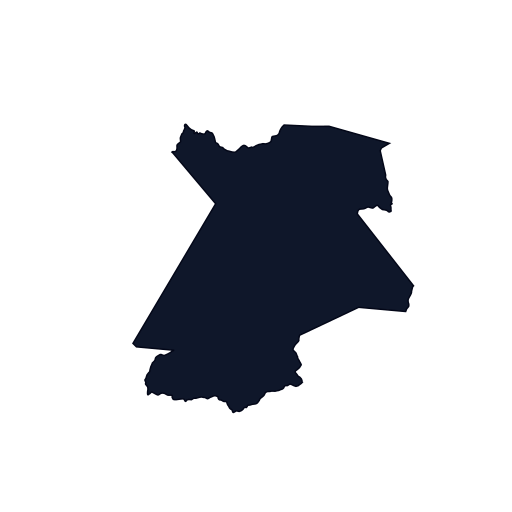 the district of Ojojona, Francisco Morazán, Honduras, rotated 46°
{"feature_id": "27666195B52120095193284", "entity_name": "Ojojona", "entity_type": "district", "adm_level": 2, "iso_a3": "HND", "parent_name": "Honduras", "parent_adm1": "Francisco Morazán", "projection": "natural_earth1", "projection_center": [-87.338, 13.923], "detail": "fine", "context": "isolated", "style": "filled", "palette": "ink", "viewbox_px": 512, "rotation_deg": 46, "n_neighbors": 0, "source": "geoboundaries", "source_scale": "gbopen_adm2", "svg_char_len": 6142}
<svg xmlns="http://www.w3.org/2000/svg" viewBox="0 0 512 512"><g transform="rotate(46 256 256)"><path d="M267.6,81.8L213.5,113.3L201.7,125.6L181.3,144.8L181.3,145.9L181.3,147.3L181.7,149.3L182.1,150.6L182.6,151.9L183.1,152.9L183.6,153.7L183.9,154.1L184.0,155.0L184.1,156.0L184.0,156.7L183.7,157.7L181.6,160.9L181.4,161.3L181.4,161.5L181.7,162.3L183.3,164.5L183.8,165.3L184.0,165.9L184.0,166.3L183.8,167.6L183.2,169.2L182.1,171.2L180.0,173.0L178.7,175.2L177.9,176.3L176.7,179.3L176.3,181.3L175.9,182.3L175.7,182.8L175.4,183.2L175.2,183.3L174.8,183.4L174.6,183.5L173.3,186.2L173.0,186.5L172.7,186.6L170.1,186.9L169.2,187.1L168.3,187.6L168.0,187.9L167.7,188.3L167.4,189.4L167.2,190.9L167.2,191.7L167.3,192.7L167.3,193.6L167.1,198.1L167.0,198.5L166.8,198.9L166.1,199.7L164.5,201.0L161.6,202.7L160.4,203.6L157.2,204.6L155.7,204.7L154.9,204.6L152.8,205.9L152.1,206.2L151.0,206.1L149.4,205.6L148.9,205.6L148.2,205.6L147.5,206.0L147.1,206.1L146.4,206.2L145.9,206.1L142.6,204.1L141.1,203.3L138.0,202.3L137.3,202.2L136.7,202.3L134.6,203.6L133.8,203.6L133.0,203.7L132.5,203.9L132.1,204.1L132.0,204.3L132.0,204.8L132.0,205.8L132.2,206.5L132.6,207.2L132.6,207.5L132.5,208.2L132.1,208.8L131.7,209.2L130.1,210.3L129.2,210.6L128.6,210.9L128.4,211.1L128.5,211.6L128.3,212.1L128.1,212.6L127.9,212.8L127.5,212.9L126.4,212.6L125.8,212.5L125.7,212.6L125.5,213.1L125.4,214.6L125.2,215.0L124.9,215.3L124.6,215.3L124.4,215.2L123.5,213.9L123.3,213.7L123.1,213.6L122.5,213.8L120.2,214.8L118.9,215.0L117.3,215.2L112.9,214.9L112.5,215.1L112.2,215.3L112.1,215.6L112.1,215.9L112.3,216.4L112.7,217.0L113.5,217.5L114.2,217.7L114.6,218.3L115.3,219.8L115.9,221.5L116.3,221.9L116.5,222.3L116.8,223.3L116.7,224.2L116.7,224.5L118.3,228.1L119.0,228.9L121.1,230.5L121.4,230.9L121.5,231.7L121.3,233.1L121.2,234.3L121.2,235.0L121.3,235.5L121.5,235.9L121.8,236.3L123.7,238.0L124.7,239.6L124.9,240.3L124.9,241.0L124.7,241.7L124.4,242.1L123.6,242.8L123.0,243.5L122.9,243.8L122.9,244.3L124.2,244.2L190.4,248.7L233.4,405.2L238.3,405.1L267.0,380.3L266.3,382.0L266.1,383.2L266.0,384.6L265.2,387.5L264.2,390.3L263.9,391.0L262.9,391.8L260.9,392.7L260.3,393.4L259.8,395.3L259.4,397.3L259.4,398.4L259.6,399.2L260.7,400.9L260.9,401.6L261.0,402.8L261.0,403.8L261.0,405.0L261.4,405.6L262.6,408.6L264.1,411.1L265.3,412.7L265.4,413.2L265.4,414.2L265.6,415.5L265.8,416.9L266.5,418.3L267.5,420.1L267.7,420.7L267.8,421.5L268.0,422.0L268.4,422.3L270.5,423.1L270.9,423.9L271.6,424.5L274.6,424.8L275.5,425.2L276.8,426.3L278.1,428.0L279.4,429.4L280.2,430.0L280.5,430.2L280.9,430.0L280.9,429.3L281.2,428.3L281.2,426.6L281.3,425.9L281.4,425.5L281.7,425.3L282.2,425.1L286.0,423.9L287.1,423.5L287.8,423.1L288.0,422.8L288.2,422.4L288.6,420.3L289.0,419.3L289.6,418.5L290.6,417.7L291.4,417.2L294.1,416.4L294.8,416.1L295.7,415.3L297.2,413.7L298.0,413.1L298.3,413.2L299.2,414.3L299.7,414.6L301.1,415.0L301.6,415.1L302.0,414.9L302.7,414.4L303.9,413.2L306.3,409.9L307.7,408.1L308.4,407.5L308.7,407.4L309.2,407.3L311.1,407.8L311.7,407.6L311.8,407.4L311.8,407.2L311.6,406.8L311.5,406.3L311.7,405.5L312.5,404.0L314.5,402.3L314.6,401.8L315.0,399.9L315.1,399.6L316.6,398.0L318.5,394.6L319.2,393.6L319.6,393.1L321.5,391.8L322.3,391.0L324.5,390.3L325.1,389.9L325.5,388.8L325.8,387.2L326.3,386.1L327.2,383.7L327.8,382.8L328.6,382.1L329.8,381.5L330.8,381.2L331.1,381.3L331.6,381.7L332.3,382.1L333.2,382.3L333.9,382.2L334.4,382.0L334.9,381.5L335.2,381.3L336.3,380.8L337.0,380.7L338.3,380.2L339.5,379.0L340.1,378.6L340.5,378.5L341.0,378.6L341.8,379.1L342.7,379.5L344.1,379.9L345.1,380.0L346.9,380.6L348.4,380.6L348.7,380.5L349.3,380.2L349.9,380.2L350.8,380.5L352.1,381.1L352.5,381.1L352.9,380.9L353.1,380.3L353.6,378.2L353.9,377.5L355.7,376.4L356.2,376.0L356.5,375.3L357.0,374.1L357.2,372.7L357.2,371.7L356.9,370.4L356.9,369.8L357.0,369.5L357.3,369.1L357.7,368.6L358.2,368.3L358.2,368.1L358.2,367.1L357.8,366.2L357.8,365.8L357.8,365.4L358.2,364.9L359.0,363.9L360.1,361.7L361.9,359.3L362.4,358.3L362.6,357.3L362.6,356.6L362.4,355.6L362.2,354.3L362.1,353.9L361.7,353.0L361.5,352.2L361.5,351.3L361.7,349.5L361.8,347.8L361.7,346.8L360.8,344.2L360.9,343.5L361.1,342.7L361.4,342.0L363.2,340.0L364.1,338.5L366.5,336.2L367.9,333.9L368.5,333.1L369.4,330.6L369.8,330.1L370.1,328.8L370.1,327.8L370.0,327.4L369.7,326.8L369.6,326.4L369.5,325.7L369.6,325.2L369.7,324.9L370.0,324.5L370.3,324.2L370.8,323.8L371.1,323.3L371.6,320.7L372.2,320.2L373.4,319.6L375.4,318.9L376.8,318.2L377.5,317.8L378.0,316.9L378.6,315.8L378.7,314.7L379.1,311.9L379.0,310.3L378.4,310.3L378.0,310.0L377.6,309.5L376.0,308.8L374.5,308.7L373.4,308.7L373.1,308.8L372.5,309.1L371.9,309.2L369.2,308.8L367.7,308.7L366.9,308.6L366.4,308.1L366.1,307.4L366.4,304.8L366.5,302.2L366.4,301.8L366.2,301.2L365.8,299.4L365.6,299.0L364.9,298.7L363.6,298.3L362.3,298.0L361.1,297.6L359.2,297.2L358.2,296.8L357.2,296.0L356.2,295.8L354.9,295.2L353.7,294.7L352.8,294.6L350.7,294.7L349.3,294.5L348.6,294.2L348.5,293.9L348.0,292.7L347.2,290.1L347.0,288.6L346.9,285.8L346.8,284.8L346.6,284.1L346.3,283.6L345.7,283.2L345.4,282.9L343.9,280.8L343.3,279.6L364.2,217.8L399.9,186.9L398.7,184.4L398.4,181.7L398.2,181.0L397.6,180.3L396.7,179.5L396.1,179.2L395.1,178.7L394.3,178.1L393.4,177.3L392.9,176.6L392.3,175.2L391.3,171.8L390.7,170.3L390.1,169.3L389.4,168.6L387.2,165.1L386.9,164.4L386.9,163.4L296.1,153.9L294.9,152.3L294.3,151.2L294.1,150.1L294.2,149.2L294.8,148.3L296.6,146.1L297.1,145.3L297.6,144.1L298.1,142.3L298.6,141.3L298.9,141.1L300.3,140.3L301.9,139.3L302.4,138.9L302.7,138.6L302.8,138.2L302.9,137.7L303.0,136.3L303.2,134.9L303.5,134.0L303.8,133.6L304.0,133.4L304.4,133.3L305.1,133.3L306.3,133.4L307.0,133.4L309.9,132.9L310.4,132.8L312.4,131.2L313.6,130.5L314.5,130.1L315.4,130.0L316.1,130.0L316.9,129.6L317.6,128.1L317.6,127.8L317.2,127.3L316.0,126.4L315.2,125.5L313.1,124.1L312.6,123.6L312.5,123.4L313.0,122.2L312.9,121.8L312.6,121.7L312.0,121.8L311.6,121.7L311.2,121.2L311.2,120.8L310.2,119.5L309.0,118.4L308.5,118.1L307.8,117.8L305.6,117.7L304.8,117.5L301.2,116.1L300.0,115.6L299.0,114.9L298.3,114.3L295.1,110.4L294.0,109.3L291.4,109.2L289.5,108.3L288.9,107.8L288.3,107.0L287.7,106.4L266.5,93.5L265.4,90.8L267.6,81.8Z" fill="#0f172a" stroke="#020617" stroke-width="1.5"/></g></svg>